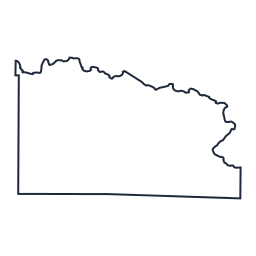 Florence, Wisconsin, United States of America (Natural Earth projection)
{"feature_id": "52423323B70097344617018", "entity_name": "Florence", "entity_type": "district", "adm_level": 2, "iso_a3": "USA", "parent_name": "United States of America", "parent_adm1": "Wisconsin", "projection": "natural_earth1", "projection_center": [-88.334, 45.867], "detail": "fine", "context": "isolated", "style": "outline", "palette": "slate", "viewbox_px": 256, "rotation_deg": 0, "n_neighbors": 0, "source": "geoboundaries", "source_scale": "gbopen_adm2", "svg_char_len": 2460}
<svg xmlns="http://www.w3.org/2000/svg" viewBox="0 0 256 256"><path d="M240.6,167.5L235.7,167.7L234.1,167.1L233.4,165.9L232.9,165.5L229.7,165.7L227.7,165.2L225.7,163.1L224.4,162.6L223.3,159.8L223.6,159.2L223.7,158.6L222.9,157.4L222.2,157.0L219.8,156.8L215.0,154.4L214.1,153.5L212.6,150.0L213.0,148.7L213.5,148.1L215.6,146.2L217.3,145.2L218.1,143.6L220.4,141.3L221.4,140.7L222.3,140.6L223.2,139.9L226.2,135.7L229.6,133.1L230.1,132.4L231.0,130.1L231.8,129.0L232.2,128.9L233.7,129.5L234.5,129.0L235.2,125.8L234.9,124.1L232.1,121.9L231.3,121.6L227.1,122.1L225.5,121.6L224.9,120.5L223.6,114.5L223.4,114.3L223.3,112.6L223.5,111.0L223.9,109.8L224.8,108.1L225.8,107.3L227.2,106.6L227.2,106.0L226.8,105.1L224.5,103.0L223.9,102.9L220.0,102.8L219.5,103.1L218.9,103.3L217.7,103.5L216.1,103.1L215.6,102.7L215.7,102.4L216.1,101.7L215.7,101.0L210.8,99.0L209.0,97.6L208.8,97.3L208.9,96.8L204.4,95.1L202.8,95.1L202.5,95.5L200.3,94.9L199.4,94.2L198.4,92.5L197.5,91.4L193.2,89.1L192.4,88.9L190.9,88.6L190.4,88.7L188.8,90.2L188.9,92.3L186.1,92.7L185.5,92.6L184.1,91.5L181.6,90.8L181.0,90.7L179.5,91.2L177.6,91.3L175.3,90.6L174.3,90.0L173.6,89.1L173.1,88.2L172.8,87.1L173.0,86.1L172.9,84.2L171.9,83.9L171.5,83.9L171.5,84.1L169.8,83.9L169.2,84.3L168.2,85.8L164.9,86.7L159.6,87.8L156.3,89.6L155.3,89.6L154.7,88.4L153.2,87.3L150.1,85.8L147.5,85.1L146.2,85.6L143.4,83.7L142.7,82.8L141.1,81.5L124.7,71.1L122.9,71.7L123.2,72.7L121.6,75.2L119.3,76.2L117.9,76.3L116.6,75.9L114.0,76.6L113.6,76.8L112.3,78.5L111.5,78.6L110.3,77.9L109.3,77.1L109.6,76.3L109.2,75.5L108.2,74.6L105.3,73.6L104.7,72.7L103.3,71.6L102.1,71.5L100.1,72.0L99.5,71.8L98.1,70.3L98.2,69.0L98.0,68.4L96.5,67.6L94.0,67.0L92.1,66.8L90.7,67.9L90.6,68.8L91.0,69.7L90.3,70.6L89.2,71.0L86.4,71.4L84.3,70.9L82.6,69.5L82.3,69.0L82.7,68.1L82.7,67.7L82.1,67.1L81.6,67.1L79.5,61.2L79.4,59.5L79.0,58.9L78.2,58.5L76.4,58.2L73.3,58.4L72.0,57.8L70.0,57.6L69.5,57.7L69.6,58.2L69.1,59.0L67.6,60.5L66.9,61.0L63.4,61.4L61.9,60.4L58.1,60.1L55.9,61.0L55.4,61.9L52.6,64.1L49.6,65.0L49.3,64.7L48.2,62.0L48.1,60.7L47.9,60.4L46.4,59.2L45.1,59.3L44.2,59.9L43.0,62.3L41.5,65.8L41.5,67.8L41.0,71.6L40.6,72.4L39.8,72.9L37.0,72.5L33.4,72.8L33.1,73.0L32.8,74.1L32.2,74.2L24.9,72.2L23.6,72.4L23.0,72.4L22.7,72.3L22.3,71.9L22.5,71.2L22.8,70.8L22.7,70.4L21.4,69.6L20.0,67.7L20.1,67.3L20.4,67.3L20.0,65.0L18.8,62.5L17.2,61.1L15.7,60.8L15.4,75.3L18.8,75.4L18.2,193.9L108.4,194.1L240.3,198.4L240.6,167.5Z" fill="none" stroke="#1e293b" stroke-width="2"/></svg>